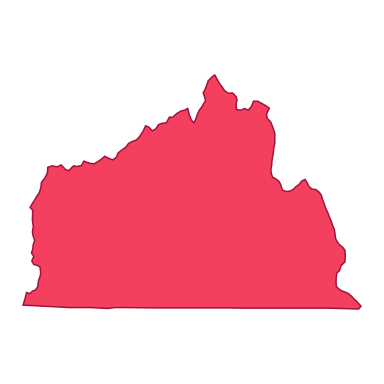 outline of Lajinha, Minas Gerais, Brazil
{"feature_id": "56859067B94154518020811", "entity_name": "Lajinha", "entity_type": "district", "adm_level": 2, "iso_a3": "BRA", "parent_name": "Brazil", "parent_adm1": "Minas Gerais", "projection": "equal_earth", "projection_center": [-41.582, -20.12], "detail": "fine", "context": "isolated", "style": "filled", "palette": "rose", "viewbox_px": 384, "rotation_deg": 0, "n_neighbors": 0, "source": "geoboundaries", "source_scale": "gbopen_adm2", "svg_char_len": 2369}
<svg xmlns="http://www.w3.org/2000/svg" viewBox="0 0 384 384"><path d="M47.7,167.4L47.5,172.5L45.1,177.7L41.4,182.5L40.9,187.6L39.2,192.8L36.7,196.4L34.4,200.3L32.1,203.9L30.1,207.5L32.6,210.0L32.6,214.1L32.4,220.0L33.3,226.4L32.4,232.0L33.1,235.8L34.7,240.4L33.2,244.6L32.8,248.9L31.5,253.0L33.8,256.4L31.8,260.9L33.8,264.5L36.6,265.1L39.9,266.8L40.7,272.3L40.2,276.2L38.5,280.5L37.8,286.7L35.4,290.0L32.5,291.1L30.0,293.6L26.5,292.6L25.2,298.3L23.0,305.1L70.3,307.6L92.0,307.6L108.1,308.5L114.2,307.6L125.6,307.6L128.6,307.6L154.8,307.9L171.9,307.9L177.6,307.9L196.9,307.9L227.3,307.9L241.6,308.1L272.8,308.1L290.0,308.1L295.8,308.1L301.2,308.1L322.7,308.1L326.5,308.1L358.6,309.0L361.0,306.2L357.2,302.0L353.9,298.8L351.7,296.4L348.5,293.6L344.9,292.0L341.4,290.7L338.6,288.8L336.3,286.3L336.0,281.4L336.3,277.1L336.8,273.1L339.4,270.7L341.0,265.8L344.9,261.9L345.3,254.9L344.9,250.2L342.7,247.3L338.8,244.1L335.7,239.1L335.0,233.7L334.3,229.3L332.7,225.7L331.0,220.7L328.8,215.3L327.4,211.7L325.8,208.5L324.2,203.9L322.6,199.7L321.3,195.1L319.0,192.0L315.9,189.6L311.7,189.0L308.6,185.9L307.0,182.5L305.1,179.4L301.9,180.9L299.0,184.6L296.3,186.3L293.5,189.2L290.1,191.1L285.9,191.5L282.3,189.9L280.9,185.1L279.1,181.5L275.8,178.9L272.6,177.2L271.3,173.6L270.9,169.7L271.7,165.0L271.9,161.1L272.7,156.3L273.4,151.8L274.0,146.9L274.8,142.9L274.8,138.4L274.8,133.3L272.6,126.8L270.6,121.8L267.2,118.4L266.6,113.8L269.3,108.3L266.3,106.0L262.2,103.7L257.7,101.2L253.5,101.2L251.4,106.5L248.2,110.2L244.6,108.5L240.6,110.3L236.4,109.4L236.1,103.6L237.1,100.0L235.9,96.4L232.6,93.0L228.4,93.3L224.4,90.5L222.2,87.0L219.9,84.2L217.5,80.0L214.7,75.0L211.4,77.5L208.2,80.8L207.0,84.3L205.5,88.6L203.2,92.9L204.7,96.9L205.5,100.8L203.4,104.0L201.6,107.2L199.2,110.4L197.1,115.0L195.7,119.4L193.8,122.6L191.5,120.3L189.4,115.2L187.7,108.4L184.5,110.2L180.8,111.1L176.8,113.5L172.5,117.4L169.4,117.1L166.4,122.8L161.3,123.5L158.2,124.9L156.0,128.7L152.3,130.9L149.0,127.2L145.6,125.8L143.2,131.0L139.9,136.2L136.1,140.2L132.6,141.3L128.5,143.5L125.7,147.3L121.8,150.0L118.1,153.0L116.1,157.6L112.7,159.9L108.9,158.4L104.8,156.3L101.0,159.5L97.9,161.6L94.5,163.7L90.7,163.5L87.1,162.4L83.9,161.1L81.3,165.6L76.8,166.5L73.7,165.8L71.4,167.9L68.9,170.6L65.8,169.7L63.4,167.3L61.1,164.9L57.2,166.9L52.0,165.8L47.7,167.4Z" fill="#f43f5e" stroke="#9f1239" stroke-width="1.5"/></svg>